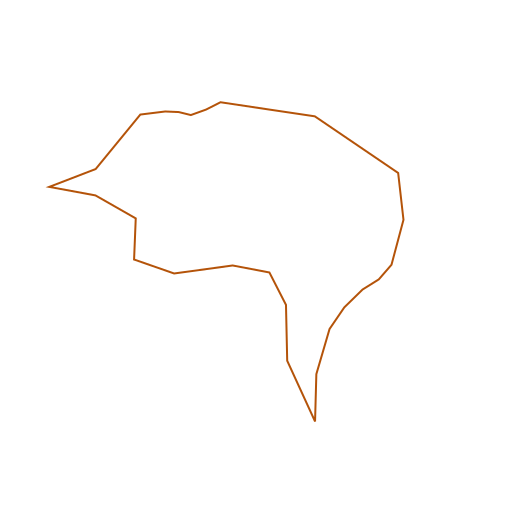 Kween, Mercator projection, rotated 337°
{"feature_id": "UGA-5612", "entity_name": "Kween", "entity_type": "District", "adm_level": 1, "iso_a3": "UGA", "parent_name": "Uganda", "parent_adm1": "", "projection": "mercator", "projection_center": [34.563, 1.396], "detail": "fine", "context": "isolated", "style": "outline", "palette": "amber", "viewbox_px": 512, "rotation_deg": 337, "n_neighbors": 0, "source": "natural_earth", "source_scale": "10m", "svg_char_len": 497}
<svg xmlns="http://www.w3.org/2000/svg" viewBox="0 0 512 512"><g transform="rotate(337 256 256)"><path d="M204.8,80.6L228.9,87.5L241.1,93.3L251.1,100.8L267.2,101.7L283.4,100.6L325.3,126.3L364.7,150.4L419.3,235.1L405.9,280.3L377.3,317.0L359.9,325.5L341.0,328.5L317.2,337.8L295.2,351.9L265.4,388.3L245.7,431.4L243.8,364.6L264.5,312.7L261.9,276.4L230.8,255.6L173.8,240.1L142.4,211.6L160.0,174.4L131.9,137.5L92.7,111.6L142.4,113.3L204.8,80.6Z" fill="none" stroke="#b45309" stroke-width="2"/></g></svg>